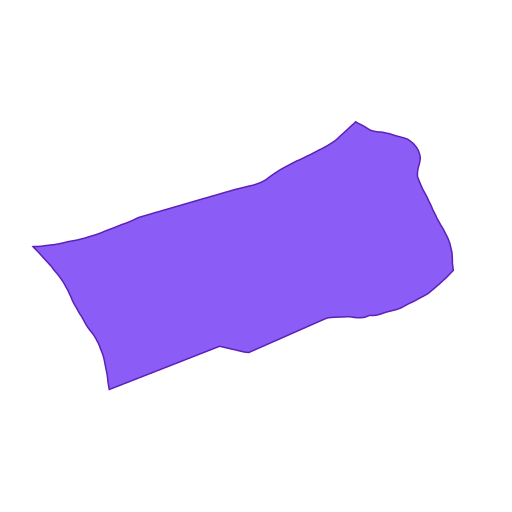 Madghal Al Jid'an, Ma'rib, Yemen, rotated 151°
{"feature_id": "15242507B52101237320931", "entity_name": "Madghal Al Jid'an", "entity_type": "district", "adm_level": 2, "iso_a3": "YEM", "parent_name": "Yemen", "parent_adm1": "Ma'rib", "projection": "mercator", "projection_center": [45.029, 15.629], "detail": "fine", "context": "isolated", "style": "filled", "palette": "violet", "viewbox_px": 512, "rotation_deg": 151, "n_neighbors": 0, "source": "geoboundaries", "source_scale": "gbopen_adm2", "svg_char_len": 3246}
<svg xmlns="http://www.w3.org/2000/svg" viewBox="0 0 512 512"><g transform="rotate(151 256 256)"><path d="M90.3,147.8L89.9,149.1L88.8,151.7L87.7,154.5L86.4,156.8L85.2,159.2L84.0,161.7L82.9,164.1L82.1,166.8L81.2,170.0L80.4,172.6L80.0,175.5L79.6,178.0L79.4,181.2L79.4,183.9L79.2,187.2L79.2,190.4L79.4,193.1L79.4,195.8L79.4,199.0L79.4,201.8L79.1,204.7L79.0,208.1L78.9,211.1L78.5,214.3L78.3,217.4L78.2,220.2L77.9,223.6L77.8,226.5L77.8,230.3L77.8,233.5L77.5,236.3L77.3,238.9L77.0,242.0L76.5,245.3L76.3,247.0L75.4,248.9L73.8,251.4L72.1,253.7L70.1,255.8L68.8,257.0L66.9,259.2L64.7,262.1L63.7,265.0L62.9,269.1L62.9,273.0L63.7,277.3L64.9,280.8L66.6,284.4L69.1,287.3L72.1,290.2L74.0,292.0L76.4,294.4L78.2,296.4L80.2,298.5L82.3,300.2L84.5,302.2L86.5,303.8L88.9,305.2L91.0,306.8L93.0,308.6L95.0,310.6L96.5,313.2L98.1,316.2L99.5,318.5L101.2,321.0L102.8,323.2L103.7,325.1L106.1,324.4L108.9,323.8L111.8,323.1L114.4,322.4L117.0,321.8L120.6,320.9L124.2,320.1L127.0,319.3L130.2,318.6L133.1,318.3L136.7,318.1L139.6,317.9L143.0,317.9L146.5,317.9L149.8,318.2L153.1,318.2L155.8,318.3L158.6,318.3L161.3,318.5L164.5,318.7L167.8,318.8L170.9,319.0L174.1,319.4L176.9,319.5L180.1,319.6L183.4,319.6L186.9,319.7L190.3,319.7L193.0,319.7L195.8,319.5L199.2,319.3L202.3,319.0L205.1,318.7L208.3,318.2L211.2,317.9L214.4,317.9L217.5,318.2L220.6,318.7L223.6,319.2L226.4,320.0L229.0,320.8L232.1,321.6L235.0,322.4L238.1,323.2L241.1,324.1L276.9,332.3L306.9,339.1L320.0,342.1L340.0,346.6L342.8,346.8L346.2,346.9L349.3,347.2L352.2,347.6L355.3,348.0L357.9,348.6L361.0,348.9L364.0,349.3L366.6,349.6L369.2,350.0L371.9,350.4L374.5,350.8L377.4,351.1L380.2,351.4L382.8,351.8L385.7,352.3L388.5,352.9L391.3,353.5L393.9,354.1L396.8,354.6L399.7,355.4L402.8,356.2L405.4,356.9L408.3,357.9L411.1,358.9L413.8,359.8L416.6,360.5L419.1,361.2L422.1,362.1L425.3,363.2L427.8,364.1L430.2,365.2L432.8,366.2L435.2,367.2L438.0,368.2L440.5,369.3L443.1,370.6L445.7,372.0L446.5,372.3L446.1,370.6L445.3,367.8L444.3,364.2L443.5,360.6L442.8,357.5L442.1,354.6L441.3,351.5L440.7,348.7L440.0,346.0L439.7,343.3L439.2,340.1L438.5,337.1L438.0,333.9L437.6,330.5L437.4,328.4L437.2,326.6L437.2,323.9L437.2,319.8L437.2,317.0L437.5,313.3L437.7,310.0L438.1,306.8L438.3,303.9L438.3,300.8L438.2,297.5L438.2,294.3L438.2,291.1L437.9,287.9L437.9,285.0L437.9,281.4L437.9,278.2L437.7,275.0L437.3,271.7L436.7,268.4L436.3,265.6L436.1,261.9L436.2,258.9L436.2,256.2L436.5,253.2L437.0,250.2L437.3,247.4L437.8,244.1L438.4,241.3L439.4,237.8L440.7,233.9L441.8,230.5L442.8,227.3L443.6,224.7L445.0,221.2L446.2,218.4L447.4,215.2L448.3,212.5L449.1,210.4L331.6,194.7L312.7,177.6L309.2,175.1L226.3,167.6L223.6,167.2L221.0,166.2L218.6,165.1L216.2,163.9L213.7,162.7L211.2,161.4L208.7,160.1L206.1,158.9L203.3,157.3L201.1,155.6L198.9,153.9L195.9,152.1L193.2,150.7L190.7,149.7L188.1,149.3L185.4,149.0L183.2,147.6L180.5,146.3L177.8,145.4L175.1,144.8L172.1,144.3L169.2,143.7L166.0,142.9L163.1,142.1L159.8,141.2L157.0,140.7L154.3,140.3L151.1,140.3L147.9,140.3L144.7,140.2L141.7,139.9L138.5,139.8L135.6,139.8L132.4,139.8L129.7,139.7L126.8,139.7L124.1,139.7L121.3,140.2L118.8,140.7L115.5,141.3L112.3,142.0L109.7,142.5L106.3,143.3L103.2,144.1L100.4,144.7L97.5,145.6L94.5,146.5L91.7,147.4L90.3,147.8Z" fill="#8b5cf6" stroke="#5b21b6" stroke-width="1.5"/></g></svg>